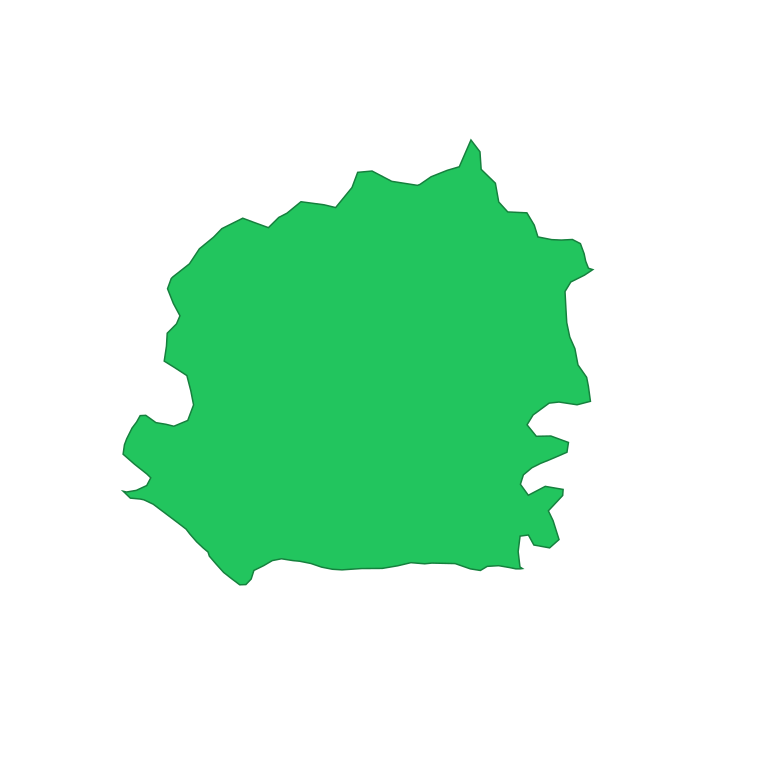 Maroni, Larnaca, Cyprus (Albers equal-area conic projection), rotated 37°
{"feature_id": "46923920B60231946210066", "entity_name": "Maroni", "entity_type": "district", "adm_level": 2, "iso_a3": "CYP", "parent_name": "Cyprus", "parent_adm1": "Larnaca", "projection": "albers", "projection_center": [33.37, 34.753], "detail": "fine", "context": "isolated", "style": "filled", "palette": "green", "viewbox_px": 768, "rotation_deg": 37, "n_neighbors": 0, "source": "geoboundaries", "source_scale": "gbopen_adm2", "svg_char_len": 2006}
<svg xmlns="http://www.w3.org/2000/svg" viewBox="0 0 768 768"><g transform="rotate(37 384 384)"><path d="M481.9,167.0L477.6,168.5L471.1,164.5L465.4,159.5L456.4,153.7L447.5,155.2L438.9,162.4L431.0,167.8L418.4,173.9L408.4,166.7L395.1,161.3L379.3,172.1L366.1,169.6L352.1,156.6L332.4,154.1L320.9,140.8L306.6,136.8L313.4,165.2L305.9,175.3L296.9,190.1L292.6,203.0L291.2,205.2L268.2,217.5L246.3,221.1L235.6,230.8L240.2,246.3L239.2,272.2L228.4,276.9L208.0,288.4L203.7,306.0L199.7,314.3L197.6,328.7L183.2,333.1L171.4,336.6L161.0,357.5L159.5,369.4L155.2,387.1L156.3,405.1L150.9,425.6L150.6,427.8L153.8,438.2L167.4,446.5L180.0,452.3L182.1,460.9L180.3,473.9L187.5,484.7L194.7,498.0L205.8,497.0L221.5,495.9L233.7,505.6L244.5,515.3L249.2,531.2L241.6,544.2L234.1,547.4L225.1,552.1L212.6,552.4L208.3,556.0L209.3,563.2L209.3,570.8L211.5,582.7L213.3,588.8L217.9,597.1L233.0,598.2L248.8,598.6L254.2,599.3L255.6,607.9L250.2,618.0L243.4,625.2L240.3,626.6L250.1,627.8L258.5,622.6L261.9,621.0L272.0,618.9L280.7,618.9L290.7,618.9L300.4,618.9L313.3,619.0L319.0,620.6L329.3,622.8L338.7,623.8L344.6,624.1L348.1,626.6L358.6,628.9L369.4,631.0L379.3,631.2L389.6,631.2L394.4,627.3L395.3,619.7L392.3,611.2L397.2,601.5L401.1,592.2L407.3,585.3L417.6,579.8L423.3,576.3L433.7,571.3L444.4,567.8L454.3,563.0L462.3,557.7L469.0,551.9L477.0,545.0L493.6,532.3L504.3,521.0L513.0,510.5L524.7,503.1L530.0,498.2L548.9,484.6L564.2,479.7L573.2,474.9L576.2,467.5L584.9,460.1L594.8,455.0L600.5,452.3L604.2,449.5L605.6,448.1L602.7,448.3L592.0,437.1L584.2,423.6L590.2,417.7L600.6,422.4L614.9,415.2L617.4,402.9L601.3,391.4L591.6,386.4L593.8,365.5L590.5,360.4L574.4,368.7L566.2,386.0L553.3,382.0L550.0,372.7L552.5,361.9L556.8,353.2L561.8,344.9L571.2,328.4L566.5,319.7L548.6,325.1L537.1,334.1L522.8,330.5L521.7,319.0L527.4,299.9L534.6,293.1L550.7,284.4L559.3,273.6L548.6,262.8L541.8,256.7L527.4,252.0L515.2,240.9L504.1,234.7L493.0,225.0L484.4,214.9L472.9,201.2L471.8,190.1L478.6,176.4L481.9,167.0Z" fill="#22c55e" stroke="#15803d" stroke-width="1.5"/></g></svg>